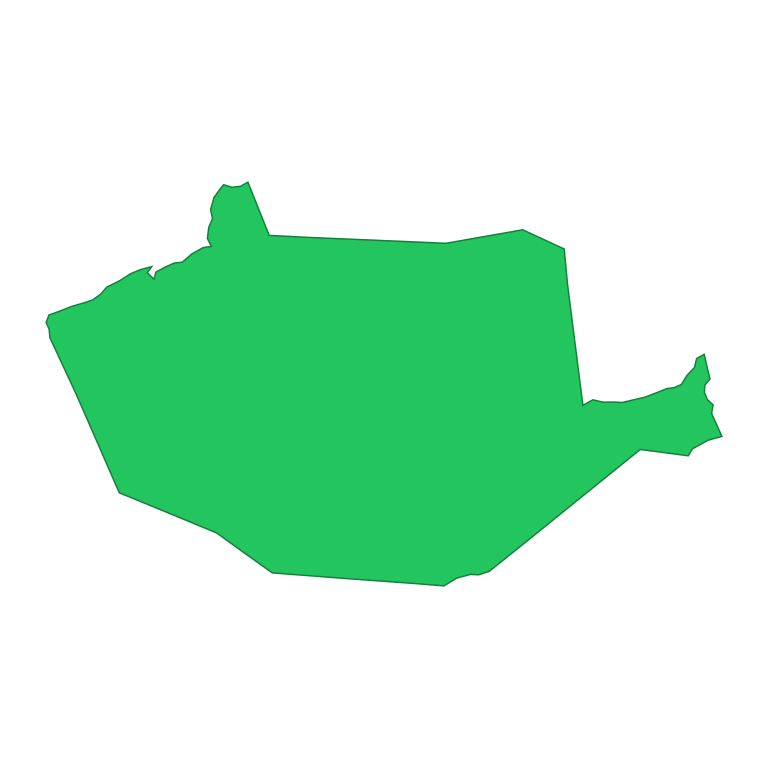 outline of Potengi, Ceará, Brazil
{"feature_id": "56859067B77069723419317", "entity_name": "Potengi", "entity_type": "district", "adm_level": 2, "iso_a3": "BRA", "parent_name": "Brazil", "parent_adm1": "Ceará", "projection": "orthographic", "projection_center": [-40.027, -7.067], "detail": "fine", "context": "isolated", "style": "filled", "palette": "green", "viewbox_px": 768, "rotation_deg": 0, "n_neighbors": 0, "source": "geoboundaries", "source_scale": "gbopen_adm2", "svg_char_len": 1154}
<svg xmlns="http://www.w3.org/2000/svg" viewBox="0 0 768 768"><path d="M688.3,455.8L692.5,448.8L708.1,440.2L721.9,436.4L711.6,413.5L713.1,404.9L707.4,399.6L704.5,392.7L704.8,385.2L710.0,378.9L707.4,368.4L704.2,354.3L696.6,358.5L694.5,367.5L687.0,375.4L681.4,384.5L674.2,387.6L666.8,388.6L655.6,393.1L644.9,397.2L633.2,399.9L622.5,402.5L612.6,402.0L603.3,402.2L592.9,399.8L582.9,405.4L567.5,283.9L564.2,249.0L522.7,229.8L499.3,233.9L445.8,243.3L306.1,237.3L269.2,235.4L247.9,182.1L240.5,186.3L232.2,187.3L223.6,184.7L219.1,190.4L214.0,197.5L210.6,209.5L212.5,218.6L208.8,227.2L207.4,238.5L211.4,246.4L203.1,247.6L191.7,254.0L182.3,262.2L174.3,263.0L165.2,267.1L155.9,272.1L154.0,279.2L147.3,272.8L151.7,266.6L140.2,269.7L130.4,273.8L120.4,280.3L113.3,283.9L106.9,287.0L100.9,293.9L92.3,300.2L80.0,304.0L71.4,306.5L59.9,311.1L49.0,314.9L46.1,322.5L49.1,329.1L49.9,337.7L76.4,394.6L98.3,444.7L119.3,492.8L160.7,509.8L202.0,526.9L216.7,533.0L242.7,551.8L272.3,572.9L350.6,578.9L417.1,583.7L443.9,585.9L456.9,578.0L470.5,574.4L478.6,574.8L489.1,571.4L501.4,561.6L528.2,540.1L640.2,449.5L688.3,455.8Z" fill="#22c55e" stroke="#15803d" stroke-width="1.5"/></svg>